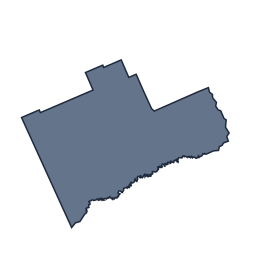 Petroleum, Montana, United States of America, rotated 66°
{"feature_id": "52423323B42061541752", "entity_name": "Petroleum", "entity_type": "district", "adm_level": 2, "iso_a3": "USA", "parent_name": "United States of America", "parent_adm1": "Montana", "projection": "albers", "projection_center": [-107.962, 47.174], "detail": "fine", "context": "isolated", "style": "filled", "palette": "slate", "viewbox_px": 256, "rotation_deg": 66, "n_neighbors": 0, "source": "geoboundaries", "source_scale": "gbopen_adm2", "svg_char_len": 4564}
<svg xmlns="http://www.w3.org/2000/svg" viewBox="0 0 256 256"><g transform="rotate(66 128 128)"><path d="M183.7,67.4L183.7,59.2L185.3,54.4L182.2,52.1L182.1,48.9L180.5,46.9L180.8,41.7L175.9,41.2L173.7,37.7L166.9,38.6L160.5,35.0L158.4,36.4L149.9,36.3L148.3,38.2L143.7,39.0L140.6,36.8L134.9,38.4L131.7,37.2L128.4,39.0L123.8,38.1L123.4,49.6L123.2,97.1L120.0,98.6L101.0,98.8L82.2,98.7L82.1,106.7L63.0,106.5L62.8,125.6L60.3,125.5L60.0,144.3L79.1,144.5L78.3,201.8L75.4,201.8L75.1,221.0L196.0,220.0L193.3,214.6L193.9,210.0L189.1,202.6L188.6,200.4L185.5,199.4L186.3,199.1L185.0,198.8L184.2,198.1L184.4,197.2L184.7,196.8L184.6,196.0L184.2,196.1L183.2,195.7L182.1,195.1L182.4,194.5L182.2,193.7L180.9,193.2L180.2,193.7L179.3,193.7L179.1,192.8L179.5,191.4L179.0,190.3L179.5,189.2L180.2,189.0L180.4,188.5L180.4,187.8L180.8,186.5L180.4,185.6L180.3,184.4L181.2,184.5L182.0,184.5L182.1,183.6L181.6,183.4L181.4,182.9L181.2,182.7L181.6,182.2L182.3,182.1L182.8,181.9L182.5,181.7L181.9,181.7L181.3,181.4L181.4,180.7L182.0,180.3L183.1,180.3L183.8,180.4L184.0,179.6L183.9,179.7L183.3,179.6L182.8,178.8L183.1,177.7L184.1,176.7L183.9,175.8L183.5,175.4L183.5,175.1L184.0,174.8L184.2,174.1L183.4,173.2L183.3,172.6L183.7,172.7L184.1,172.3L184.5,172.5L184.9,172.3L185.1,171.8L185.9,171.2L186.3,171.5L186.8,171.2L186.3,171.0L185.8,170.6L186.1,170.1L186.7,170.2L187.3,169.6L187.2,169.3L186.9,168.8L186.4,168.4L186.6,168.1L186.8,167.6L186.6,167.4L186.8,167.1L187.3,166.9L187.4,166.4L186.9,166.1L186.7,165.3L186.8,164.6L186.3,164.5L186.0,164.7L185.6,163.8L185.4,162.7L184.8,162.1L184.5,162.4L184.4,162.9L183.9,163.5L182.9,163.3L181.9,162.1L181.8,161.5L183.0,160.2L184.1,160.1L184.5,159.5L184.4,159.5L184.2,159.5L184.0,158.8L183.4,157.6L182.3,156.9L181.7,156.8L181.3,156.4L181.4,156.0L181.6,154.8L181.1,154.4L181.3,154.5L181.8,154.1L182.1,153.4L182.6,153.1L182.4,152.9L182.0,153.1L181.4,152.6L181.7,152.0L182.0,151.7L182.6,151.6L183.0,151.2L182.9,150.9L182.3,150.9L181.6,151.2L181.2,150.4L181.5,149.8L182.0,149.3L182.1,148.7L181.7,148.2L180.7,148.3L180.8,148.9L180.3,149.4L180.0,148.7L179.8,148.0L179.5,148.1L179.2,148.1L179.0,147.3L179.6,147.4L180.1,146.2L180.0,145.0L179.4,143.7L177.9,142.7L177.4,142.2L177.8,142.0L178.2,142.3L179.0,142.2L179.3,141.5L179.5,141.3L179.9,141.6L180.1,141.9L180.4,141.7L179.7,141.0L179.4,141.0L178.9,140.1L178.1,139.7L177.8,139.9L176.8,139.7L176.5,139.2L176.3,138.6L176.7,137.9L176.6,137.3L177.1,136.8L177.1,137.5L177.6,137.6L177.9,137.5L178.7,136.6L178.7,135.8L178.1,135.8L177.3,136.1L176.9,136.2L176.8,135.7L177.6,135.4L178.3,135.5L179.3,134.9L178.7,134.1L177.8,133.1L177.4,132.4L177.0,131.4L177.8,131.4L178.4,131.3L178.5,131.5L178.8,132.1L179.5,132.3L179.1,131.7L179.2,130.8L178.5,130.2L178.2,129.3L178.9,128.8L179.1,129.1L179.2,129.5L180.1,130.0L180.7,129.6L180.7,129.0L180.5,128.7L180.6,127.9L181.1,127.6L181.3,126.7L181.0,126.5L180.3,126.4L180.4,126.9L179.6,127.1L179.8,126.3L180.3,125.9L180.1,125.2L179.5,125.1L179.5,124.5L179.8,124.4L180.2,124.6L179.5,123.8L178.6,123.8L177.9,123.6L177.9,123.0L178.2,122.4L178.4,122.0L179.3,121.2L179.5,119.4L178.7,118.4L178.2,117.8L178.4,117.7L178.4,117.2L178.1,116.9L177.4,116.7L177.4,117.0L176.5,117.0L175.6,116.3L175.8,115.4L176.1,116.0L176.6,116.4L176.8,115.8L176.5,115.0L176.1,114.7L176.0,114.4L176.3,113.7L177.3,114.2L177.7,113.8L177.6,112.8L177.1,112.4L176.6,112.5L175.9,112.2L175.3,112.0L174.9,111.4L175.1,110.9L175.7,110.1L176.7,110.2L177.6,110.3L177.9,109.8L177.1,109.4L176.4,109.1L175.6,108.4L175.9,107.6L176.6,107.3L176.8,107.2L176.7,107.4L177.0,107.8L177.3,107.5L177.1,107.0L176.8,106.0L176.1,106.1L175.5,105.7L175.8,105.2L175.9,104.7L176.8,103.9L177.5,104.0L177.6,103.4L176.6,102.8L176.0,103.0L175.6,102.7L175.9,102.0L177.2,101.6L177.6,100.9L178.1,100.5L177.8,99.9L177.1,100.0L176.5,99.0L177.5,97.1L178.8,96.9L179.3,96.5L179.7,96.2L179.3,95.9L178.8,95.7L178.5,95.7L177.9,96.0L177.4,96.1L177.2,95.8L176.8,95.9L177.0,96.3L176.5,96.6L176.6,95.8L177.0,95.1L176.8,94.7L176.3,94.7L175.8,93.7L176.3,92.9L176.6,91.6L177.1,91.4L177.1,90.5L176.1,89.8L175.8,89.1L176.3,88.4L176.9,88.5L177.3,87.9L176.9,87.5L177.4,86.7L178.5,86.1L179.2,85.6L178.9,85.2L178.7,84.8L179.0,84.8L179.2,84.3L178.9,84.3L179.1,83.5L179.8,83.6L180.6,83.1L180.5,82.8L180.2,82.2L180.0,82.3L179.6,81.7L180.5,81.2L181.5,81.3L181.4,80.8L181.0,80.3L181.8,79.1L182.7,78.6L183.4,78.1L183.5,77.5L183.3,76.3L183.7,75.6L183.2,75.5L182.3,75.5L182.0,74.9L182.8,74.9L183.6,74.5L183.4,73.5L183.5,71.9L182.9,71.0L182.3,70.5L182.0,70.1L182.4,69.9L182.8,69.3L182.5,69.0L182.4,68.3L183.1,68.0L183.7,67.4Z" fill="#64748b" stroke="#1e293b" stroke-width="1.5"/></g></svg>